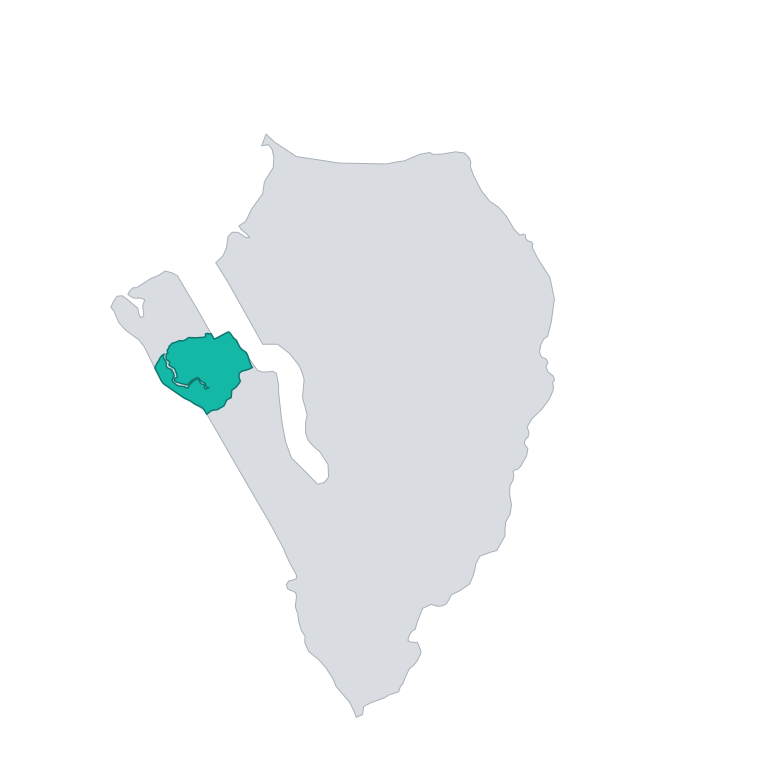 where Sédhiou sits in Senegal, rotated 60°
{"feature_id": "SEN-5514", "entity_name": "Sédhiou", "entity_type": "Region", "adm_level": 1, "iso_a3": "SEN", "parent_name": "Senegal", "parent_adm1": "", "projection": "albers", "projection_center": [-15.668, 12.909], "detail": "fine", "context": "in_parent", "style": "filled", "palette": "teal", "viewbox_px": 768, "rotation_deg": 60, "n_neighbors": 0, "source": "natural_earth", "source_scale": "10m", "svg_char_len": 5440}
<svg xmlns="http://www.w3.org/2000/svg" viewBox="0 0 768 768"><g transform="rotate(60 384 384)"><path d="M575.9,354.9L584.5,369.5L582.8,376.6L581.0,387.0L585.8,394.5L591.5,399.3L595.5,403.8L600.0,409.9L600.9,422.3L600.2,431.2L603.1,435.2L605.6,440.3L605.2,444.5L603.6,448.3L598.4,453.4L597.6,462.7L606.4,473.8L612.1,479.8L612.1,483.3L613.7,487.1L617.9,491.5L620.4,490.4L623.1,486.7L624.4,484.2L631.9,485.2L635.4,486.3L640.3,493.5L642.2,498.4L643.4,504.5L648.5,512.1L653.0,517.4L654.0,520.8L657.9,525.3L655.7,535.4L656.0,540.6L653.6,554.2L653.1,560.7L653.3,563.0L659.4,567.8L658.9,574.7L652.8,573.6L642.3,572.9L621.3,576.8L614.0,575.5L600.2,576.2L590.4,578.3L578.0,582.9L568.3,581.9L563.0,578.5L556.1,578.8L548.3,577.0L540.0,573.7L532.4,572.1L524.2,565.9L520.4,564.8L517.7,566.5L515.5,568.6L513.1,569.9L508.7,568.8L507.0,564.6L508.3,560.4L508.7,557.3L506.6,555.6L501.6,555.1L493.6,555.2L480.6,554.0L477.6,553.3L448.6,552.4L418.5,552.5L393.0,552.6L360.8,552.6L338.2,552.5L317.1,552.5L300.8,560.9L283.1,570.0L259.3,574.8L232.0,573.0L223.3,574.2L214.2,578.2L207.5,581.1L198.1,582.9L185.9,581.4L181.0,582.2L178.0,578.1L174.5,571.4L176.7,566.5L184.1,563.4L195.3,559.3L201.2,561.4L204.6,561.6L205.2,558.9L204.1,557.5L195.7,553.9L191.4,549.1L187.8,551.9L184.6,557.7L182.0,559.4L178.2,561.0L176.1,557.1L175.2,553.2L176.9,550.3L176.1,533.6L177.2,524.8L176.7,517.0L181.9,511.9L186.9,508.8L206.5,508.6L224.6,508.3L242.1,508.5L259.9,508.7L261.6,493.2L267.3,492.0L275.7,490.4L291.4,488.5L308.9,486.7L312.6,483.6L315.5,478.5L317.3,473.9L320.9,471.9L325.8,473.5L332.2,475.9L338.9,479.6L346.5,483.0L351.6,485.2L363.8,490.6L384.7,498.1L401.9,501.1L422.6,495.4L437.6,491.7L439.4,485.0L437.0,478.6L425.8,472.7L410.7,473.4L406.0,475.1L399.0,477.1L394.7,477.9L387.6,476.5L378.5,471.4L372.8,466.3L364.8,463.9L355.3,461.5L340.1,450.9L332.2,449.0L324.7,448.4L310.3,450.6L296.3,456.3L288.9,469.2L274.8,469.0L244.9,468.6L217.5,468.2L194.8,469.0L192.6,459.6L187.2,452.1L178.6,445.7L176.7,439.7L179.6,434.6L188.1,430.4L190.0,427.3L185.6,427.8L178.9,430.5L174.5,430.6L174.0,422.4L166.7,411.8L158.4,393.8L149.1,386.5L141.3,371.9L133.1,366.3L125.5,363.7L119.0,364.2L116.6,370.8L108.6,361.2L119.7,357.9L143.3,346.1L170.4,312.1L194.8,271.7L197.9,262.2L200.9,255.0L202.9,238.4L206.4,228.6L209.6,226.8L213.7,219.2L218.7,206.0L224.3,198.7L230.6,197.2L235.4,197.9L238.9,200.6L249.0,202.3L265.9,203.0L278.9,201.0L288.1,196.4L300.2,194.1L315.1,194.0L323.0,192.0L323.8,188.3L325.7,187.1L328.8,188.6L331.8,188.0L334.5,185.3L337.3,185.1L340.0,187.4L352.5,188.1L374.8,187.1L395.5,193.9L414.5,208.6L424.4,218.4L425.0,223.4L428.2,228.3L433.9,233.3L439.1,234.2L443.8,231.0L447.4,231.3L450.2,235.2L455.6,235.9L461.6,233.5L465.9,234.3L466.7,236.5L467.7,237.8L470.6,238.3L474.5,241.2L480.1,249.0L484.7,259.9L488.3,274.0L492.9,281.6L498.6,282.8L501.9,285.7L502.6,289.0L504.3,291.3L507.0,292.5L511.8,291.7L517.5,296.4L523.6,306.7L524.7,311.3L523.7,313.8L524.1,315.7L528.2,317.4L532.0,320.7L535.2,325.8L541.9,330.2L552.3,334.0L559.8,339.9L564.4,347.7L574.0,354.2L575.9,354.9Z" fill="#d9dde1" stroke="#a8b0b8" stroke-width="1"/><path d="M321.5,552.6L317.1,552.6L314.6,552.9L312.3,554.0L307.0,557.8L301.6,560.3L296.8,563.8L296.6,564.0L273.9,574.7L270.8,575.3L255.4,574.4L254.9,573.8L252.2,569.7L251.3,567.7L249.7,565.4L248.4,562.6L248.1,560.2L248.2,559.7L249.6,560.8L250.4,561.7L251.4,561.8L257.2,561.9L257.7,562.3L258.9,563.6L259.3,563.8L260.1,563.7L262.4,563.1L263.4,562.5L264.4,561.3L265.7,560.6L267.6,561.4L268.1,561.0L268.6,560.7L269.2,560.7L270.4,561.6L271.0,561.5L271.4,561.3L271.9,561.4L272.6,562.2L273.2,563.8L273.7,564.5L274.3,565.0L274.9,565.4L275.7,565.6L276.8,565.7L277.8,565.4L281.9,563.8L283.6,562.1L286.3,558.5L287.4,557.7L288.3,557.2L288.9,556.6L289.2,555.3L288.7,554.8L287.7,554.3L287.1,553.8L287.9,553.1L287.0,551.0L286.2,548.2L285.9,545.4L286.7,543.1L287.7,542.4L289.0,542.4L290.3,542.5L291.6,542.4L292.8,541.8L293.7,541.2L294.2,540.3L294.6,539.2L296.5,541.0L298.2,541.5L299.3,540.6L299.5,538.0L298.1,539.4L296.8,539.4L295.5,538.8L294.0,538.6L292.7,539.2L290.4,540.8L288.8,541.2L287.9,541.2L286.6,541.4L285.4,542.0L284.8,543.4L284.8,548.7L285.8,552.2L286.0,553.1L286.1,554.6L286.0,555.3L285.7,556.0L283.6,557.8L282.9,558.7L278.3,562.9L277.2,563.6L276.1,563.7L275.2,563.3L274.4,562.6L274.9,559.8L272.2,558.6L265.8,557.6L261.5,560.3L259.9,560.7L259.6,560.4L259.2,559.8L258.5,559.1L257.5,558.8L256.4,559.0L254.9,559.9L253.8,560.1L252.7,559.8L251.4,559.1L249.1,557.5L249.0,557.1L249.2,556.4L249.2,555.9L248.9,555.6L247.7,555.4L247.1,555.3L246.6,555.0L246.1,554.3L244.9,551.8L244.5,551.5L244.1,551.4L243.8,551.0L243.4,549.1L243.0,548.0L242.8,547.2L243.0,545.9L243.4,545.1L244.2,539.4L244.4,538.9L244.8,538.3L245.8,537.4L246.0,536.9L246.2,536.2L246.3,534.4L246.6,533.4L246.2,531.8L246.1,530.9L246.2,529.8L250.2,523.4L253.8,515.8L253.8,515.2L253.3,514.5L252.7,514.2L252.1,514.0L251.5,513.7L251.4,512.9L251.8,511.8L253.4,510.1L254.2,508.6L256.6,508.7L259.9,508.7L260.5,508.3L260.7,501.7L260.7,500.3L260.9,493.8L261.3,492.5L262.3,491.9L268.5,491.3L272.5,490.0L273.7,490.0L279.7,490.6L281.2,490.4L283.9,489.5L285.9,488.4L288.0,487.6L290.8,487.7L300.6,489.8L303.9,489.8L303.6,493.8L302.8,497.3L301.8,500.8L302.3,504.1L305.5,506.2L309.7,507.0L311.0,509.2L312.8,514.0L313.1,517.0L313.4,519.1L316.3,521.0L319.4,523.2L319.2,525.6L319.4,528.8L321.3,531.0L322.9,533.7L322.9,536.9L322.9,541.2L321.6,544.2L320.8,546.9L321.5,552.6Z" fill="#14b8a6" stroke="#0f766e" stroke-width="1.5"/></g></svg>